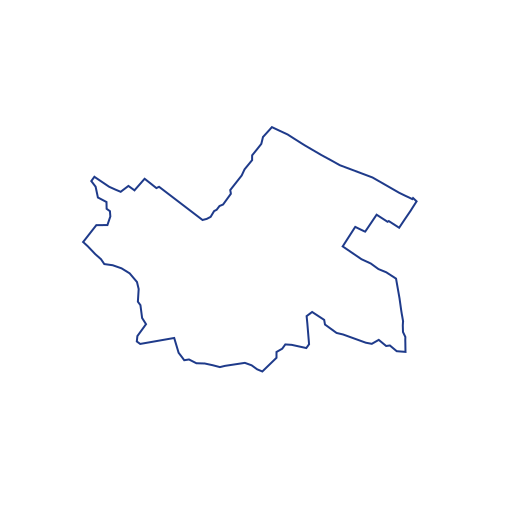 outline of Serhetabat, Mary, Turkmenistan, rotated 36°
{"feature_id": "10190150B87689177497329", "entity_name": "Serhetabat", "entity_type": "district", "adm_level": 2, "iso_a3": "TKM", "parent_name": "Turkmenistan", "parent_adm1": "Mary", "projection": "robinson", "projection_center": [62.585, 35.938], "detail": "fine", "context": "isolated", "style": "outline", "palette": "blue", "viewbox_px": 512, "rotation_deg": 36, "n_neighbors": 0, "source": "geoboundaries", "source_scale": "gbopen_adm2", "svg_char_len": 2054}
<svg xmlns="http://www.w3.org/2000/svg" viewBox="0 0 512 512"><g transform="rotate(36 256 256)"><path d="M112.5,306.8L114.9,309.6L117.6,318.3L109.4,324.4L108.7,324.9L108.0,344.3L107.9,346.3L114.1,347.0L125.0,349.0L132.5,349.7L138.0,351.7L145.5,347.7L154.5,345.0L164.0,344.3L175.0,347.0L180.5,351.7L187.3,362.4L191.4,363.7L200.3,373.1L207.1,375.8L207.1,383.8L207.1,390.5L209.8,395.2L214.0,395.2L238.0,370.4L250.3,379.8L255.1,381.2L259.2,382.5L262.6,379.1L270.8,377.8L277.7,373.1L285.2,369.8L292.1,367.1L295.5,363.1L309.8,349.0L316.7,347.0L323.5,347.0L329.0,345.7L332.4,326.3L329.0,321.6L331.7,315.6L331.7,310.3L337.1,306.9L350.8,300.9L350.8,296.2L337.1,280.3L332.3,274.9L334.3,268.3L348.7,267.6L352.1,270.9L366.4,270.9L372.6,268.3L395.8,261.6L401.3,259.0L404.6,251.7L414.2,252.3L416.9,249.7L425.8,250.3L433.3,245.7L432.9,245.2L427.8,238.4L426.2,236.3L424.4,233.7L419.6,231.1L415.5,225.8L413.4,222.5L413.4,222.4L410.1,219.2L407.9,217.1L405.2,214.4L397.0,205.9L382.6,192.0L371.0,192.6L362.8,194.6L353.3,194.6L343.7,196.5L343.1,196.6L320.5,197.3L319.2,174.7L319.2,174.1L322.8,173.5L329.4,172.3L330.0,172.1L329.9,168.2L329.3,151.7L342.3,151.0L342.9,149.7L355.2,149.0L354.8,138.9L354.5,128.6L354.2,124.3L353.8,117.4L349.0,116.8L349.0,118.1L345.5,118.7L341.5,119.5L334.7,120.7L322.5,122.0L304.1,124.0L270.7,133.2L270.2,133.3L260.9,134.4L249.6,135.9L230.6,137.8L226.5,138.1L218.6,138.6L210.1,139.1L202.0,140.7L193.1,142.4L192.8,145.7L191.8,154.9L191.7,155.6L192.6,157.8L194.4,162.2L194.1,169.3L193.7,176.8L195.1,178.8L196.5,180.7L195.8,192.6L196.5,196.2L197.1,199.3L196.4,217.8L198.4,219.7L199.1,220.5L199.1,221.5L199.1,233.7L197.1,237.0L197.0,240.9L197.0,241.7L195.7,244.3L196.3,251.0L194.3,255.0L192.8,256.8L191.8,258.0L191.6,258.3L137.4,257.0L136.9,257.0L135.5,259.6L121.2,259.0L120.5,259.0L119.1,274.1L119.1,274.3L112.8,274.3L111.6,274.3L109.2,282.2L108.8,283.6L103.3,284.9L96.5,286.3L79.4,286.9L78.7,286.9L78.7,292.2L85.5,294.2L93.7,301.6L94.3,301.5L103.3,300.2L107.4,305.6L111.5,305.6L112.5,306.8Z" fill="none" stroke="#1e3a8a" stroke-width="2"/></g></svg>